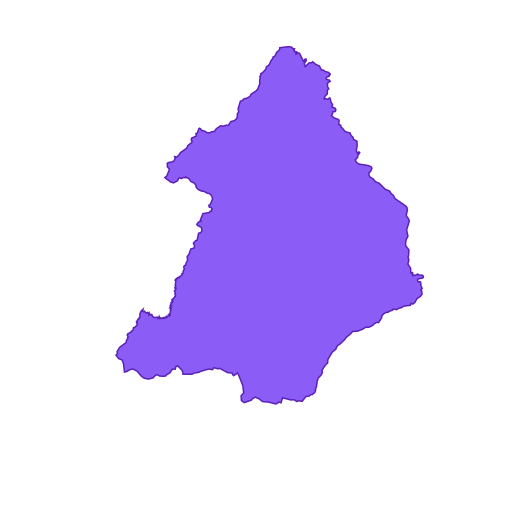 La Unión, Antioquia, Colombia (orthographic projection), rotated 229°
{"feature_id": "7082276B25571506538926", "entity_name": "La Unión", "entity_type": "district", "adm_level": 2, "iso_a3": "COL", "parent_name": "Colombia", "parent_adm1": "Antioquia", "projection": "orthographic", "projection_center": [-75.352, 5.952], "detail": "fine", "context": "isolated", "style": "filled", "palette": "violet", "viewbox_px": 512, "rotation_deg": 229, "n_neighbors": 0, "source": "geoboundaries", "source_scale": "gbopen_adm2", "svg_char_len": 6155}
<svg xmlns="http://www.w3.org/2000/svg" viewBox="0 0 512 512"><g transform="rotate(229 256 256)"><path d="M392.5,418.1L397.6,410.6L396.1,408.9L396.2,405.1L394.5,401.7L395.0,399.3L394.2,398.7L393.5,395.3L392.1,392.5L391.6,390.3L392.0,388.1L390.6,386.0L390.1,382.3L390.4,378.9L389.5,378.4L388.7,376.4L387.2,375.7L386.5,374.3L383.3,371.6L380.8,366.6L380.5,364.0L381.4,358.8L380.4,356.0L381.3,352.0L382.5,350.4L382.4,347.2L383.1,345.8L378.8,339.0L376.0,337.4L375.7,335.4L373.3,333.1L372.3,331.1L372.4,328.3L373.9,325.4L372.8,320.8L374.3,319.3L375.4,316.6L377.5,314.7L378.1,309.5L377.3,306.5L378.8,304.1L379.5,301.6L381.8,299.6L383.5,299.4L386.7,297.3L388.1,297.7L389.5,297.2L389.6,296.5L387.4,292.5L387.8,290.9L385.7,289.8L387.2,284.7L386.0,283.2L384.2,282.9L383.8,281.4L384.1,276.9L383.2,275.6L382.9,273.6L383.6,266.7L382.8,264.3L382.7,261.0L384.4,259.8L382.8,259.1L381.6,256.6L382.3,253.7L383.7,251.9L384.3,249.9L381.4,247.6L378.6,247.6L377.9,247.1L374.9,241.1L375.0,238.7L371.8,239.1L370.8,239.8L368.8,239.7L365.3,241.7L364.2,246.2L365.3,248.4L365.2,249.4L363.4,250.5L362.9,252.7L361.5,253.9L361.6,255.0L360.8,254.9L360.0,255.6L357.7,256.1L355.0,255.7L351.5,257.2L348.4,257.1L347.8,256.2L345.7,255.9L343.7,256.1L340.1,257.8L339.4,259.0L335.8,260.2L333.4,261.9L330.2,262.0L327.5,260.6L325.3,256.1L324.9,254.6L325.2,253.5L323.3,252.8L322.0,254.0L320.1,253.8L320.0,252.5L319.1,251.7L319.8,250.7L319.5,249.2L322.8,243.8L319.6,237.4L318.4,237.5L319.3,235.0L318.8,232.1L317.1,232.0L313.4,233.6L310.4,231.6L309.9,229.5L310.9,227.7L306.5,221.8L307.2,220.5L306.8,217.2L304.2,216.4L302.6,214.7L304.1,211.4L301.1,206.2L300.9,203.8L297.6,201.5L296.5,198.5L295.2,197.0L295.6,196.2L295.4,194.4L293.1,193.3L292.4,191.1L291.1,190.0L291.2,188.3L290.5,188.3L290.2,187.2L290.6,184.1L290.0,183.9L291.2,182.6L290.8,182.1L291.1,181.2L290.4,180.7L291.1,180.3L290.9,179.1L289.7,179.0L286.6,175.6L285.7,175.6L285.6,174.5L285.0,174.6L284.9,173.8L283.6,174.1L283.1,171.4L281.3,171.1L280.6,169.9L279.4,169.6L278.5,168.8L278.8,168.2L278.3,167.8L278.1,163.9L277.5,164.2L277.3,163.5L276.7,163.7L276.6,162.4L275.8,162.3L276.4,161.0L275.5,160.7L274.9,158.8L273.7,159.4L273.7,158.5L273.0,158.1L273.8,158.0L273.5,156.9L272.5,157.4L272.0,156.4L271.0,156.3L270.9,155.4L269.4,154.2L269.1,152.6L268.4,153.3L269.0,151.9L267.6,152.2L267.8,151.1L269.3,148.9L269.2,148.3L268.5,148.6L268.1,148.3L269.1,146.6L269.8,146.4L269.4,145.5L269.9,144.9L270.4,145.2L271.8,142.5L272.3,143.1L272.7,142.7L273.7,143.1L273.0,142.0L273.2,141.0L274.4,141.6L276.4,138.7L279.0,138.4L280.2,139.0L281.1,137.7L282.3,137.9L282.0,136.7L283.3,137.8L283.2,137.2L284.7,137.0L285.0,135.6L287.6,135.6L287.7,134.6L288.8,134.2L289.9,135.7L289.8,133.3L288.5,130.4L286.0,128.4L286.2,127.6L285.3,126.6L285.8,126.0L285.3,124.2L284.7,123.8L284.9,123.0L284.2,123.1L283.8,121.9L282.6,121.9L282.0,121.1L281.6,117.5L282.3,116.7L280.6,114.1L281.0,112.5L280.5,112.0L281.4,108.2L280.8,106.9L278.6,106.4L278.6,105.4L277.6,104.8L277.4,102.9L275.9,101.4L276.5,93.0L275.0,88.5L273.4,87.5L273.0,85.3L268.7,85.0L265.4,86.7L261.9,85.5L254.7,80.6L253.4,83.1L253.1,86.1L251.4,89.0L247.1,90.7L240.8,90.6L237.1,91.4L233.6,94.2L231.5,98.4L231.9,101.3L231.4,103.4L228.7,104.5L226.3,106.8L224.7,109.1L225.0,110.2L224.3,114.5L225.5,118.6L223.6,120.7L225.0,122.9L224.6,124.8L218.8,125.2L216.1,124.5L214.8,123.3L208.8,130.0L208.2,132.6L205.6,136.7L205.3,138.5L201.8,146.0L198.7,148.7L199.3,150.2L199.1,151.1L195.6,153.4L195.2,154.8L186.5,158.1L183.3,161.2L181.7,160.5L180.3,160.7L179.8,165.5L166.9,161.1L160.8,156.9L160.2,152.9L156.4,150.1L153.0,151.0L150.3,157.7L150.6,159.9L150.0,162.8L146.0,164.7L141.9,165.4L137.3,169.8L131.7,173.6L131.0,174.6L130.7,177.6L128.8,178.5L131.5,183.0L124.2,188.1L123.1,189.9L121.4,190.9L119.6,191.1L118.7,193.3L116.0,195.4L117.2,201.4L115.5,204.1L115.4,206.4L114.5,207.7L114.4,210.7L115.7,213.2L116.6,213.5L117.4,215.4L120.3,219.0L121.3,219.4L122.0,221.4L122.9,222.2L123.5,227.5L124.7,229.9L126.5,230.8L128.1,236.5L128.3,239.9L130.7,242.3L133.4,250.3L133.3,255.0L134.9,258.5L134.4,262.1L134.8,268.7L135.4,270.3L135.2,276.3L135.7,279.4L132.7,283.2L131.0,287.8L130.2,292.1L128.3,294.2L127.8,295.6L127.0,298.9L127.3,300.1L126.9,303.3L125.3,304.9L126.8,309.9L128.3,311.9L128.6,314.5L128.1,317.1L126.8,319.0L126.9,320.3L125.5,323.4L126.0,324.8L123.3,326.9L122.9,329.4L121.6,331.9L121.2,334.7L117.5,340.2L118.5,342.3L117.0,342.7L116.6,343.6L116.8,345.8L118.2,349.3L117.7,353.7L118.2,356.2L121.2,358.3L122.4,358.1L122.5,360.2L125.3,360.9L127.9,362.9L128.8,363.1L130.2,361.5L131.7,361.9L132.3,363.5L130.0,367.3L130.2,368.4L131.1,369.1L132.5,368.9L134.5,366.6L136.4,366.1L136.7,363.8L138.0,362.7L138.5,361.4L140.4,363.1L141.0,363.1L141.3,362.0L142.0,362.0L145.4,364.7L150.4,365.4L152.2,368.2L153.7,369.4L155.2,369.8L156.1,371.3L160.4,375.5L165.0,375.6L167.1,376.8L169.7,379.9L171.3,383.7L176.8,386.7L181.8,394.6L183.4,395.4L187.5,395.8L188.6,396.6L191.2,400.3L193.7,401.8L195.5,401.8L208.1,398.6L211.7,399.4L214.5,399.0L217.5,399.4L221.6,397.3L230.2,396.7L233.5,394.9L237.3,395.0L241.0,393.8L242.9,394.3L244.4,395.4L244.8,398.2L246.1,401.0L247.6,401.5L250.5,400.2L257.6,394.2L259.6,393.5L262.0,393.4L263.4,394.1L263.7,397.1L265.0,398.9L266.0,402.1L267.1,401.9L266.7,400.0L268.7,400.4L270.3,401.4L272.8,404.7L276.4,407.5L280.1,406.1L282.0,407.1L284.6,406.8L287.1,407.7L290.0,405.7L292.3,404.9L295.6,405.1L297.5,404.7L299.1,405.8L300.9,404.7L303.9,407.7L305.0,407.8L308.8,405.6L312.5,405.0L313.1,407.0L314.4,408.6L313.0,410.7L314.2,412.4L315.6,412.7L318.6,411.1L320.0,413.1L322.9,413.6L326.6,415.5L327.0,415.2L327.2,412.8L328.6,412.2L329.8,410.5L331.3,412.8L331.5,416.1L334.4,418.7L334.4,420.6L337.0,421.1L339.2,423.1L339.6,424.2L339.1,426.6L340.7,426.7L342.7,425.2L343.9,425.3L344.6,427.1L343.6,429.0L344.5,429.7L344.2,430.9L344.8,431.4L347.2,431.1L349.6,429.4L352.6,428.5L353.4,427.4L357.7,428.5L361.5,426.8L365.4,426.2L365.4,424.7L366.9,422.8L366.7,417.4L369.6,418.7L370.4,422.0L371.8,423.0L372.5,421.7L371.6,420.5L371.7,419.5L380.3,421.8L381.9,421.0L382.0,418.7L382.8,419.0L383.5,420.5L384.6,419.2L385.9,419.9L386.9,419.5L387.1,420.9L388.6,419.8L390.2,420.0L392.5,418.1Z" fill="#8b5cf6" stroke="#5b21b6" stroke-width="1.5"/></g></svg>